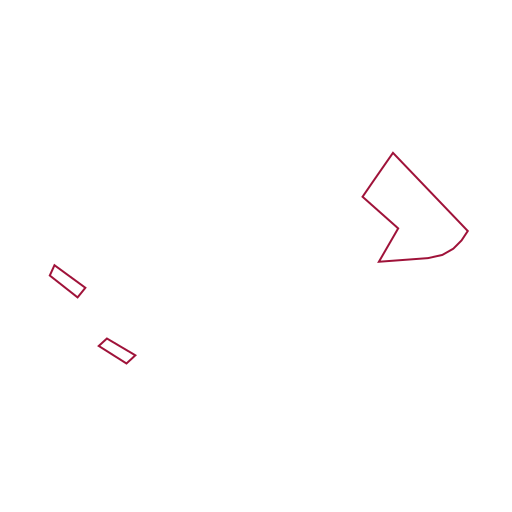 an SVG outline of Gaga'emauga, rotated 123°
{"feature_id": "WSM-4990", "entity_name": "Gaga'emauga", "entity_type": "state/province", "adm_level": 1, "iso_a3": "WSM", "parent_name": "Samoa", "parent_adm1": "", "projection": "natural_earth1", "projection_center": [-172.104, -13.734], "detail": "fine", "context": "isolated", "style": "outline", "palette": "rose", "viewbox_px": 512, "rotation_deg": 123, "n_neighbors": 0, "source": "natural_earth", "source_scale": "10m", "svg_char_len": 427}
<svg xmlns="http://www.w3.org/2000/svg" viewBox="0 0 512 512"><g transform="rotate(123 256 256)"><path d="M119.7,92.0L131.0,92.1L142.4,94.5L153.6,100.3L164.1,110.6L193.9,149.8L155.4,151.8L148.3,198.9L129.4,198.4L106.9,197.7L94.9,197.3L119.7,92.0ZM384.7,418.3L373.5,420.0L375.6,381.8L387.9,383.1L384.7,418.3ZM405.0,303.1L416.7,306.1L417.1,338.9L406.4,336.1L405.0,303.1Z" fill="none" stroke="#9f1239" stroke-width="2"/></g></svg>